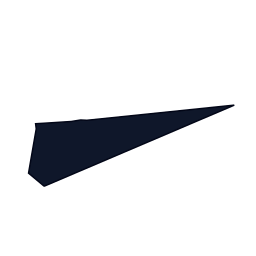 outline of N'beiket Lehouach, Hodh ech Chargui, Mauritania, rotated 73°
{"feature_id": "47542326B78705057775708", "entity_name": "N'beiket Lehouach", "entity_type": "district", "adm_level": 2, "iso_a3": "MRT", "parent_name": "Mauritania", "parent_adm1": "Hodh ech Chargui", "projection": "natural_earth1", "projection_center": [-6.344, 18.2], "detail": "fine", "context": "isolated", "style": "filled", "palette": "ink", "viewbox_px": 256, "rotation_deg": 73, "n_neighbors": 0, "source": "geoboundaries", "source_scale": "gbopen_adm2", "svg_char_len": 323}
<svg xmlns="http://www.w3.org/2000/svg" viewBox="0 0 256 256"><g transform="rotate(73 128 128)"><path d="M158.8,225.4L159.1,224.8L137.2,19.7L108.6,165.1L106.5,170.9L105.4,178.8L105.2,180.3L99.0,206.5L96.9,215.1L102.0,216.0L123.5,226.9L142.1,236.3L158.8,225.4Z" fill="#0f172a" stroke="#020617" stroke-width="1.5"/></g></svg>